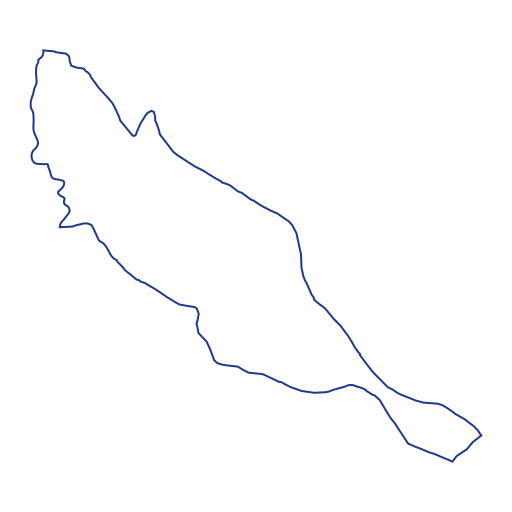 Nuevo Progreso, San Marcos, Guatemala (Robinson projection), rotated 90°
{"feature_id": "79465075B31379081578596", "entity_name": "Nuevo Progreso", "entity_type": "district", "adm_level": 2, "iso_a3": "GTM", "parent_name": "Guatemala", "parent_adm1": "San Marcos", "projection": "robinson", "projection_center": [-91.918, 14.815], "detail": "fine", "context": "isolated", "style": "outline", "palette": "blue", "viewbox_px": 512, "rotation_deg": 90, "n_neighbors": 0, "source": "geoboundaries", "source_scale": "gbopen_adm2", "svg_char_len": 3651}
<svg xmlns="http://www.w3.org/2000/svg" viewBox="0 0 512 512"><g transform="rotate(90 256 256)"><path d="M227.2,452.2L226.6,439.8L225.4,436.4L223.4,427.8L223.5,424.4L224.3,422.0L225.3,420.3L227.1,419.3L231.2,417.3L238.8,413.9L240.7,412.9L243.5,408.5L246.5,406.0L255.9,400.7L258.9,397.8L260.1,395.2L261.7,394.6L266.8,389.6L270.5,386.7L275.0,380.9L279.5,375.5L280.3,372.7L281.5,371.6L283.1,366.9L286.3,361.7L288.8,357.3L295.5,347.3L296.7,345.7L302.4,336.4L304.5,332.5L305.7,326.0L307.1,317.3L308.6,315.2L313.8,313.3L319.1,314.2L323.6,315.5L326.7,314.7L333.1,313.5L341.6,305.4L348.3,302.3L353.6,300.2L360.1,297.9L363.2,294.7L364.9,288.7L366.7,274.0L370.0,268.7L372.7,263.3L374.1,249.6L375.6,246.1L381.8,233.0L382.1,230.7L384.3,226.9L387.2,221.1L391.0,210.3L392.8,197.9L392.2,185.9L391.5,183.1L389.6,177.9L387.4,169.9L386.4,166.4L385.3,164.1L385.0,161.0L385.2,158.4L385.9,157.2L387.5,151.7L389.1,147.5L391.3,144.9L394.8,139.4L395.2,137.6L400.1,132.2L410.8,125.9L418.1,121.3L421.7,118.4L424.2,116.5L427.8,114.3L439.8,106.3L443.0,104.4L444.0,103.0L444.7,101.4L447.1,95.9L447.8,93.6L452.6,82.1L453.7,78.3L456.3,72.1L461.6,59.5L456.1,55.4L449.3,45.2L442.2,39.3L435.5,30.7L430.0,34.5L425.8,38.7L420.6,45.7L419.6,46.7L413.8,56.9L412.5,58.4L408.7,63.8L405.4,69.1L403.7,74.3L402.6,88.7L400.9,94.7L400.7,95.8L394.1,112.3L393.0,114.4L389.5,119.5L387.3,124.1L372.1,139.1L365.2,144.5L355.2,152.0L353.7,152.1L352.6,153.4L347.8,156.9L341.7,160.3L335.6,164.1L331.8,167.0L325.6,171.6L318.8,178.4L308.2,187.1L303.3,193.8L301.6,195.8L299.4,198.0L297.3,198.3L295.2,200.1L283.0,205.5L281.8,206.2L280.5,207.0L278.1,207.9L276.9,208.5L267.7,210.5L254.3,211.0L249.4,212.1L233.1,215.6L224.9,219.9L221.4,223.2L213.3,235.0L210.6,241.4L206.4,249.4L204.1,253.2L200.7,258.3L199.5,261.2L192.8,270.3L191.5,273.9L185.7,281.5L183.8,285.7L182.4,290.2L181.1,291.2L179.2,295.0L174.6,302.6L171.5,307.3L166.5,317.0L162.1,324.0L161.1,325.4L155.2,334.5L151.9,338.7L146.4,342.9L134.4,352.1L130.5,353.0L124.8,354.9L120.6,356.8L116.6,356.8L111.7,358.3L110.9,360.6L113.0,364.6L115.1,366.3L123.7,371.6L132.0,375.3L134.6,376.0L136.0,377.8L135.5,379.4L131.9,382.5L120.5,391.8L116.7,393.0L106.7,397.6L102.7,399.9L95.7,406.0L88.4,412.8L83.8,416.2L82.7,417.0L78.1,420.4L76.9,421.2L74.9,421.8L72.2,424.4L71.2,426.3L68.7,428.1L67.5,435.8L65.7,440.7L61.8,442.1L56.5,442.9L53.7,445.7L52.2,456.3L51.4,457.7L50.4,468.7L51.6,468.5L52.6,468.6L54.7,469.0L55.8,469.5L57.4,470.7L58.4,472.0L59.9,473.7L61.6,473.6L63.2,474.1L64.9,475.0L66.2,475.5L67.8,475.8L72.9,476.0L79.2,475.5L81.8,475.4L83.5,475.6L84.5,475.9L86.1,476.6L88.7,477.7L90.1,478.1L91.8,478.4L92.9,478.6L94.4,479.0L96.4,479.7L98.1,480.3L99.5,480.7L101.1,481.2L104.1,481.3L106.7,481.3L108.4,480.9L110.7,479.6L112.5,478.9L114.5,478.6L118.3,478.4L122.4,478.4L125.7,478.6L128.6,478.6L130.9,478.3L133.8,477.4L135.0,476.8L139.0,475.1L140.0,474.6L141.6,474.2L143.3,473.9L146.1,474.8L147.7,475.9L149.4,477.6L150.6,478.7L151.5,479.3L152.8,479.8L154.2,480.3L155.3,480.5L157.0,480.4L158.9,480.0L160.4,479.5L161.5,478.7L163.1,477.4L163.8,475.1L164.2,468.8L164.1,467.0L164.1,465.5L164.1,464.4L165.7,463.7L166.7,463.8L171.1,462.1L174.0,461.3L176.6,460.5L177.5,460.0L178.6,458.5L179.1,457.1L179.4,455.3L179.6,453.4L180.1,451.5L180.5,450.0L180.9,448.9L182.0,447.9L183.6,447.8L185.0,448.1L186.7,448.9L188.8,450.7L190.3,452.3L191.1,453.2L191.8,453.9L193.3,453.9L194.8,452.8L196.1,451.1L196.9,449.2L198.1,447.6L199.2,447.5L201.2,448.0L203.0,448.1L204.6,446.9L205.6,445.5L206.6,443.9L208.0,443.0L209.9,442.5L211.2,442.4L213.1,443.2L215.3,444.9L219.5,448.2L221.3,449.7L222.2,450.6L223.5,451.4L224.8,451.8L227.2,452.2Z" fill="none" stroke="#1e3a8a" stroke-width="2"/></g></svg>